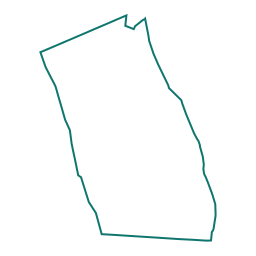 the district of Nuevo Morelos, Tamaulipas, Mexico
{"feature_id": "50627088B99419541520683", "entity_name": "Nuevo Morelos", "entity_type": "district", "adm_level": 2, "iso_a3": "MEX", "parent_name": "Mexico", "parent_adm1": "Tamaulipas", "projection": "robinson", "projection_center": [-99.189, 22.515], "detail": "fine", "context": "isolated", "style": "outline", "palette": "teal", "viewbox_px": 256, "rotation_deg": 0, "n_neighbors": 0, "source": "geoboundaries", "source_scale": "gbopen_adm2", "svg_char_len": 1063}
<svg xmlns="http://www.w3.org/2000/svg" viewBox="0 0 256 256"><path d="M105.8,234.4L115.9,235.0L132.9,236.1L158.0,237.7L179.2,239.1L189.0,239.6L190.9,239.7L191.1,239.7L193.2,239.8L205.7,240.6L208.0,240.6L211.0,240.5L211.9,231.9L213.1,230.3L213.5,229.1L215.5,216.3L215.6,214.0L215.3,205.3L215.3,204.6L215.2,204.0L215.1,203.5L215.0,203.3L212.4,194.6L211.5,192.1L207.8,182.2L205.5,176.6L204.5,174.8L203.9,172.9L203.4,168.9L203.8,164.6L202.8,156.7L200.0,146.7L199.8,144.9L198.6,141.4L198.2,140.5L197.6,139.7L197.3,139.4L194.1,133.4L186.3,114.6L182.3,103.7L181.3,100.2L169.0,88.1L168.9,87.7L168.2,85.2L158.4,65.0L153.5,53.7L149.2,41.0L148.4,35.5L145.1,18.6L144.4,19.4L143.1,19.8L135.0,26.3L133.8,29.1L125.3,25.8L126.4,15.4L64.6,41.9L40.4,52.2L45.6,67.1L47.1,70.0L51.0,77.6L54.3,83.9L55.4,86.2L56.3,89.0L58.3,96.2L61.2,106.0L65.0,119.3L65.0,119.5L66.6,122.9L66.8,123.4L68.5,127.2L69.9,130.3L71.6,143.5L72.9,149.8L75.4,161.5L78.0,174.2L78.2,175.3L81.1,177.3L81.3,178.1L88.8,202.0L95.9,213.0L101.7,234.2L105.8,234.4Z" fill="none" stroke="#0f766e" stroke-width="2"/></svg>